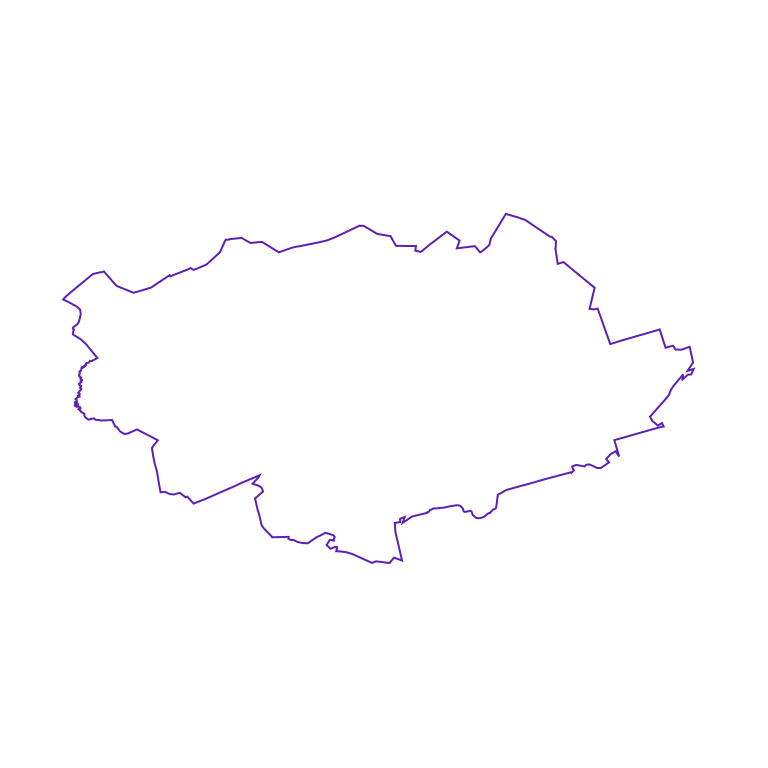 Dāviņu pag., Bauska, Latvia, rotated 167°
{"feature_id": "27541924B37051208002630", "entity_name": "Dāviņu pag.", "entity_type": "district", "adm_level": 2, "iso_a3": "LVA", "parent_name": "Latvia", "parent_adm1": "Bauska", "projection": "natural_earth1", "projection_center": [24.381, 56.504], "detail": "fine", "context": "isolated", "style": "outline", "palette": "violet", "viewbox_px": 768, "rotation_deg": 167, "n_neighbors": 0, "source": "geoboundaries", "source_scale": "gbopen_adm2", "svg_char_len": 6066}
<svg xmlns="http://www.w3.org/2000/svg" viewBox="0 0 768 768"><g transform="rotate(167 384 384)"><path d="M527.4,259.8L511.3,256.5L512.0,254.6L509.5,252.9L507.4,252.4L506.4,251.7L504.4,250.0L503.2,249.2L499.0,247.3L494.0,245.9L490.8,247.3L483.8,250.0L479.6,250.8L474.5,252.2L467.2,248.0L466.4,245.9L467.9,244.3L467.9,242.7L468.0,242.6L471.7,244.4L476.1,240.0L473.2,235.5L468.5,236.2L466.4,235.6L466.3,235.3L468.2,231.8L463.1,230.3L458.8,228.7L456.9,227.7L453.5,225.7L450.9,223.8L437.8,213.8L435.9,212.4L431.6,213.0L418.9,208.3L413.3,212.6L406.1,207.9L406.2,237.2L404.7,246.2L399.4,245.8L398.6,249.1L393.8,249.7L397.1,244.5L386.5,248.6L371.4,248.7L371.4,249.1L370.3,249.1L368.5,249.9L367.3,251.1L366.3,250.9L364.4,251.6L363.0,251.5L360.5,250.9L359.4,250.9L358.2,250.6L357.3,250.7L355.5,250.3L351.1,250.0L345.8,250.0L344.7,249.8L341.2,249.6L340.0,249.4L337.7,248.6L336.9,247.9L335.2,245.0L335.1,244.4L335.1,242.3L334.2,241.2L333.4,241.1L331.2,241.2L329.8,240.9L328.7,241.0L328.1,240.8L327.4,240.1L327.2,237.9L327.0,236.5L326.5,235.7L324.9,233.5L324.5,233.0L324.0,232.6L322.8,232.1L320.8,231.8L318.5,231.8L316.3,232.2L311.7,234.4L311.0,234.6L309.8,234.4L309.7,234.7L305.9,237.1L303.2,237.7L302.7,238.2L301.0,242.3L298.0,250.6L294.2,251.4L290.6,252.7L288.3,253.2L273.3,253.9L266.8,254.1L247.5,255.1L221.5,255.9L221.4,255.3L218.4,257.0L219.2,259.6L219.1,261.4L214.8,261.9L207.2,258.6L205.0,259.8L201.7,259.4L195.1,254.1L191.6,253.4L182.4,257.0L184.4,260.9L179.1,264.6L173.5,266.3L171.2,260.4L172.2,277.5L124.0,279.9L121.1,279.6L121.9,283.5L123.6,282.8L126.6,282.0L130.8,287.6L132.2,292.4L130.8,293.2L124.0,298.2L115.8,303.9L109.0,309.0L105.7,313.8L102.5,316.9L91.0,325.6L90.8,325.6L90.8,324.4L92.1,321.9L92.3,321.5L92.3,321.1L85.9,324.7L82.5,324.2L78.9,329.0L85.3,328.5L78.0,335.4L77.8,351.5L86.3,350.5L92.1,351.9L92.4,352.9L93.8,356.3L101.5,356.0L103.1,375.1L143.1,372.9L154.6,372.0L156.2,386.2L156.5,388.3L157.7,399.6L158.9,409.4L162.6,409.4L166.8,411.0L157.1,430.4L167.0,443.2L172.1,449.9L172.3,450.1L181.5,462.2L181.7,462.4L182.0,462.4L187.7,462.0L186.6,475.9L186.7,476.9L186.5,477.0L184.3,484.4L184.4,484.7L186.7,488.4L187.1,489.3L189.4,490.5L209.4,512.0L217.3,517.0L218.2,517.4L226.9,522.3L227.8,521.5L241.8,507.1L247.1,501.8L250.1,495.8L252.6,494.3L258.3,491.5L260.6,490.6L260.8,490.7L263.6,496.3L264.5,497.9L282.5,499.8L278.1,506.7L278.1,506.9L278.8,507.5L288.5,518.3L308.0,509.6L316.8,505.2L318.6,504.5L323.5,506.9L321.8,511.2L341.2,515.9L342.9,521.5L344.4,526.6L345.0,526.8L356.6,531.7L357.3,532.2L367.4,541.9L368.3,542.6L368.6,542.8L371.8,543.5L372.3,543.8L397.1,538.3L407.3,536.7L415.7,536.7L435.0,537.2L437.8,537.5L442.5,537.5L444.7,537.3L456.9,536.0L471.0,550.0L482.3,551.4L485.9,554.6L489.9,558.4L501.5,559.8L501.9,559.6L502.8,559.6L505.1,560.1L505.9,560.1L506.3,559.7L514.3,549.2L530.2,540.3L543.3,538.0L543.9,538.1L544.1,538.2L546.3,540.4L546.5,540.2L568.0,537.0L568.3,538.1L568.4,538.3L573.1,536.4L578.1,534.7L578.2,534.4L580.7,533.7L589.0,530.4L589.6,530.3L607.2,529.2L607.7,529.4L621.9,539.3L622.8,540.2L631.3,556.1L631.5,556.6L634.4,556.5L635.3,556.7L643.0,556.6L669.0,543.7L675.4,540.2L677.6,538.5L673.3,535.1L665.8,528.4L663.4,524.9L663.6,521.6L664.1,519.6L664.9,517.9L667.1,513.6L667.9,512.5L669.0,511.6L670.1,510.8L672.6,509.9L673.7,509.3L674.4,508.8L674.7,508.1L674.6,507.8L674.1,507.3L673.9,506.7L675.0,505.1L675.9,502.9L675.8,502.2L675.4,501.6L673.1,499.5L669.1,495.4L668.2,493.9L667.6,493.2L667.3,492.5L666.5,491.6L664.7,488.8L664.2,487.5L657.4,473.8L658.1,473.6L663.5,472.1L665.2,472.7L665.6,472.2L666.5,471.5L667.6,471.1L668.7,471.4L669.4,471.2L669.9,470.9L670.1,470.2L670.4,470.0L670.2,469.2L670.6,468.9L671.2,468.9L671.8,469.1L672.1,469.0L672.4,468.8L672.4,468.6L672.2,468.2L672.9,467.9L673.6,467.7L673.7,468.3L674.5,468.4L674.9,468.2L675.0,467.5L675.7,466.5L675.8,465.9L676.1,465.2L676.5,464.9L677.2,464.9L677.8,464.7L678.0,464.3L677.9,463.3L678.0,462.6L678.4,462.3L679.1,461.5L678.8,460.9L679.2,460.4L678.8,459.3L678.1,458.9L677.6,458.3L677.7,458.2L678.1,458.1L678.6,457.1L678.4,456.9L677.5,456.4L677.3,455.7L677.7,455.2L678.6,455.1L679.0,454.9L679.1,454.4L678.5,454.1L678.5,453.9L679.8,453.3L680.7,452.8L681.3,452.7L681.1,451.9L680.5,451.4L680.0,450.5L679.6,450.3L679.6,450.0L679.8,449.7L680.4,449.7L680.6,449.5L680.6,449.1L681.0,448.6L680.9,448.3L680.2,447.9L680.0,447.5L680.1,447.2L680.8,446.8L680.9,446.4L681.8,445.7L682.2,445.6L682.7,445.1L683.7,444.4L683.9,444.2L683.7,443.7L683.1,443.4L682.7,442.7L683.1,442.3L684.1,441.8L685.1,441.5L685.1,441.3L684.9,441.2L684.2,441.1L683.3,440.5L683.4,440.2L684.4,440.2L684.9,440.0L685.6,440.0L687.2,439.0L687.9,438.9L688.0,438.7L688.0,438.3L687.4,438.0L687.2,437.8L687.1,437.1L687.2,435.8L687.4,435.7L688.4,435.9L689.4,435.7L689.5,435.5L689.2,434.8L689.2,434.5L688.7,434.0L687.7,433.7L687.0,433.6L686.8,433.4L686.9,433.0L687.4,432.9L689.7,433.3L690.1,432.9L690.2,432.6L690.0,432.3L689.1,431.6L688.8,431.0L688.3,430.8L687.2,430.8L686.8,431.0L686.5,430.9L685.9,430.0L685.2,429.7L685.1,429.3L685.1,428.8L685.8,428.4L686.9,428.5L687.3,428.2L686.9,427.8L686.4,426.7L685.8,426.5L685.6,426.3L685.6,425.5L685.3,424.8L684.7,424.2L684.3,424.0L684.0,423.7L683.8,423.6L682.7,422.4L683.0,420.5L683.0,419.8L682.3,418.4L681.9,418.1L681.4,417.3L680.4,416.1L679.2,415.6L678.3,415.7L677.9,415.9L677.5,415.7L677.0,416.0L676.3,415.8L674.7,415.8L674.3,415.7L673.8,415.2L673.3,414.1L672.0,413.6L670.6,413.3L669.5,412.9L668.3,412.2L657.0,410.0L655.5,403.0L654.2,402.5L651.7,397.0L648.4,393.8L645.8,393.4L644.1,393.5L634.9,395.3L617.0,380.0L621.2,376.8L624.5,373.9L625.1,366.0L625.3,358.0L624.9,350.1L625.8,335.4L626.1,328.8L621.7,328.1L621.4,328.0L617.4,324.9L613.5,323.6L611.0,323.8L607.4,323.9L602.9,318.3L601.0,318.6L596.4,310.3L591.2,311.2L590.9,311.1L583.8,312.2L569.1,315.0L553.8,317.8L545.2,319.7L525.7,323.1L527.5,321.1L534.5,316.4L533.9,315.9L529.6,313.5L526.6,310.7L526.0,306.4L529.6,304.7L530.5,304.1L535.4,301.5L535.4,301.3L535.4,288.7L535.2,288.5L535.0,283.6L535.0,274.4L534.9,273.6L534.4,272.2L533.7,270.6L527.8,260.8L527.4,260.0L527.4,259.8Z" fill="none" stroke="#5b21b6" stroke-width="2"/></g></svg>